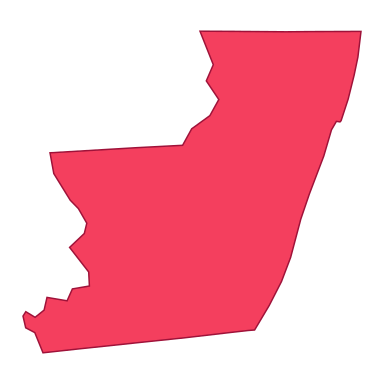 outline of Worcester, Maryland, United States of America
{"feature_id": "52423323B30792684212291", "entity_name": "Worcester", "entity_type": "district", "adm_level": 2, "iso_a3": "USA", "parent_name": "United States of America", "parent_adm1": "Maryland", "projection": "orthographic", "projection_center": [-75.327, 38.223], "detail": "fine", "context": "isolated", "style": "filled", "palette": "rose", "viewbox_px": 384, "rotation_deg": 0, "n_neighbors": 0, "source": "geoboundaries", "source_scale": "gbopen_adm2", "svg_char_len": 871}
<svg xmlns="http://www.w3.org/2000/svg" viewBox="0 0 384 384"><path d="M43.0,352.8L76.9,349.1L140.4,342.4L179.7,338.3L181.1,338.2L232.0,332.3L244.6,330.9L248.0,330.5L254.6,330.0L269.2,305.5L281.5,281.5L290.6,257.5L300.3,221.0L300.7,219.4L309.4,193.9L323.8,156.0L331.5,129.8L336.4,121.4L337.4,121.5L340.0,121.9L341.0,120.8L341.1,120.7L348.2,99.0L354.2,74.9L357.9,57.1L361.0,31.4L359.0,31.4L358.5,31.4L352.3,31.4L351.4,31.4L349.4,31.5L338.5,31.5L309.7,31.6L285.8,31.8L274.9,31.7L248.7,31.5L244.5,31.5L237.5,31.4L200.0,31.2L213.3,64.7L206.3,80.9L218.8,99.5L209.9,115.6L191.7,128.8L182.6,145.3L136.3,147.7L50.0,152.8L53.8,173.6L70.3,200.3L78.4,208.6L86.8,223.2L84.3,233.5L69.6,247.4L88.7,272.0L89.4,286.0L72.4,288.9L67.1,300.8L47.0,297.4L44.1,310.1L35.1,317.3L25.8,311.7L23.0,316.1L25.7,327.8L34.8,332.6L43.0,352.8Z" fill="#f43f5e" stroke="#9f1239" stroke-width="1.5"/></svg>